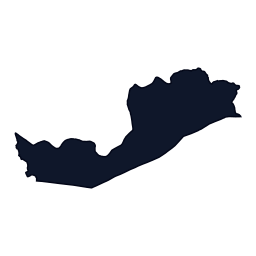 outline of Goudomp, Sédhiou, Senegal
{"feature_id": "50182788B48951494587639", "entity_name": "Goudomp", "entity_type": "district", "adm_level": 2, "iso_a3": "SEN", "parent_name": "Senegal", "parent_adm1": "Sédhiou", "projection": "mercator", "projection_center": [-15.551, 12.644], "detail": "fine", "context": "isolated", "style": "filled", "palette": "ink", "viewbox_px": 256, "rotation_deg": 0, "n_neighbors": 0, "source": "geoboundaries", "source_scale": "gbopen_adm2", "svg_char_len": 5717}
<svg xmlns="http://www.w3.org/2000/svg" viewBox="0 0 256 256"><path d="M239.3,86.1L238.8,85.7L238.2,85.6L235.9,85.4L235.5,85.2L234.6,84.4L234.2,84.1L234.1,83.7L233.7,83.3L233.0,83.1L232.7,83.1L232.2,83.3L231.8,83.5L231.4,83.5L231.0,83.7L230.6,83.4L230.0,83.3L229.5,83.2L229.0,82.9L228.0,82.7L227.9,82.4L227.5,82.2L227.4,82.2L227.1,81.7L226.4,81.3L225.7,81.1L224.8,81.1L224.2,80.8L222.9,80.6L221.2,80.8L220.7,80.8L220.2,80.8L217.9,81.1L217.3,80.7L216.8,81.0L214.6,81.7L213.7,81.9L213.0,82.5L212.6,82.9L212.4,83.2L212.3,83.6L212.0,83.9L211.6,83.9L211.2,83.8L210.2,83.1L210.0,82.7L209.1,81.5L208.5,80.3L208.2,78.9L208.2,77.7L207.4,76.5L207.4,76.0L207.5,75.5L207.4,75.1L206.9,74.9L206.0,73.9L204.6,71.8L203.9,71.4L202.9,71.3L202.1,71.2L201.7,71.0L201.0,70.1L200.7,69.8L200.6,69.2L200.4,68.9L200.0,68.6L199.3,68.4L198.6,68.2L198.0,68.2L197.1,69.1L195.8,69.8L195.3,69.9L193.6,69.8L192.8,69.9L191.8,70.6L191.1,70.9L190.7,70.7L188.9,70.4L188.5,70.2L187.9,70.1L186.0,70.1L184.9,70.1L184.3,70.0L183.2,70.3L182.1,70.9L180.5,71.0L177.6,72.7L177.2,72.8L176.1,73.0L174.8,73.4L173.7,74.0L172.7,75.3L172.3,75.7L171.8,76.5L171.6,76.8L171.2,77.1L170.7,78.0L170.7,78.4L170.7,79.3L171.1,81.1L171.2,82.8L171.0,83.2L170.7,83.3L170.3,83.6L169.8,83.8L168.5,83.9L167.7,83.8L166.3,83.3L165.7,83.0L165.3,82.6L164.4,82.1L163.4,81.2L160.7,79.0L159.9,78.6L158.5,77.7L157.8,77.4L157.2,77.3L156.4,77.3L155.7,77.7L155.4,78.3L154.2,80.7L153.5,81.9L152.6,83.1L151.7,83.9L150.7,84.4L149.6,85.1L148.9,85.4L147.1,86.3L146.0,86.9L144.6,87.4L143.0,87.8L142.2,87.9L141.1,87.9L140.7,87.7L139.1,87.0L137.8,86.2L137.1,85.6L136.1,84.8L135.2,84.4L134.5,84.9L133.8,86.1L133.3,86.5L133.0,87.0L131.8,87.8L131.3,88.2L130.7,88.6L130.2,89.1L130.0,89.7L129.7,90.5L129.0,94.3L128.8,95.3L128.8,96.0L128.6,96.9L128.5,97.7L128.1,99.1L127.7,100.2L127.4,100.8L127.5,102.9L127.4,104.3L127.5,104.8L127.8,105.4L127.9,106.0L128.2,106.7L128.4,107.6L128.7,108.3L129.0,109.5L130.3,111.9L130.6,113.9L130.8,114.5L131.2,116.1L131.9,120.3L132.3,123.9L132.9,127.5L133.0,128.8L133.0,129.3L132.8,130.1L132.5,130.6L131.5,131.4L129.3,133.4L125.9,136.9L125.5,137.5L125.2,138.2L124.4,139.3L124.0,140.2L123.7,141.0L122.7,143.1L122.1,144.2L121.7,144.6L120.6,145.6L120.2,145.7L117.7,147.0L114.4,148.8L111.9,150.3L110.2,152.8L108.9,154.4L107.7,155.6L106.3,156.5L105.2,156.7L104.4,156.7L103.6,156.7L102.7,156.5L101.0,156.3L100.2,155.9L99.0,155.6L98.6,155.3L97.9,154.7L97.0,153.8L96.7,153.3L95.7,152.3L95.0,151.4L94.9,148.9L94.9,147.6L95.0,147.3L95.0,146.8L95.2,146.4L95.2,145.7L95.1,145.4L95.0,144.9L94.5,144.0L94.1,143.3L92.9,142.6L91.6,142.0L90.9,141.6L89.7,141.3L88.7,141.4L88.0,141.4L86.8,141.6L84.9,141.5L83.7,141.5L82.3,141.4L81.5,141.0L80.0,140.4L79.4,140.0L77.6,139.7L76.9,139.4L76.3,139.3L75.5,139.1L75.0,139.3L73.2,138.9L72.2,138.9L71.3,138.8L69.9,139.0L68.9,139.4L68.1,139.4L67.6,139.7L66.5,140.0L66.0,140.3L65.3,140.6L63.8,142.0L63.0,142.9L62.5,143.6L62.1,144.1L61.9,144.6L61.4,145.1L61.1,146.0L60.3,146.9L59.1,148.1L58.5,148.3L57.8,148.6L57.4,148.4L56.9,148.5L55.6,148.4L55.2,148.0L54.6,147.8L54.1,147.4L53.8,147.1L53.2,146.8L52.6,146.3L51.9,145.8L50.2,144.2L49.6,143.5L49.0,143.0L48.5,142.7L47.8,142.2L44.4,140.9L43.2,141.1L41.9,141.6L40.7,141.9L39.9,142.3L38.1,142.9L33.9,145.3L33.6,145.3L33.0,145.2L32.1,144.9L27.2,141.3L26.6,140.8L26.2,140.4L23.0,138.4L22.2,137.8L20.6,136.7L19.1,135.7L18.1,134.8L15.7,133.1L15.4,133.3L15.4,133.6L15.4,134.1L15.8,135.4L16.1,136.3L17.0,139.1L17.1,139.9L17.1,140.4L17.4,141.0L17.7,141.0L17.8,141.0L18.1,141.2L18.3,141.5L17.9,142.0L17.8,142.4L17.8,142.6L18.0,142.9L18.0,143.0L17.6,143.6L17.2,144.0L17.0,144.7L16.5,145.1L16.1,145.5L16.2,146.0L16.4,146.4L16.4,147.0L16.3,147.3L16.3,147.5L16.4,147.8L16.8,148.1L17.0,148.7L18.2,149.2L18.6,150.1L18.5,150.7L19.0,151.6L19.2,151.8L19.1,152.1L19.0,152.4L19.0,152.7L19.1,153.2L19.1,153.9L19.0,154.6L18.9,155.2L19.3,155.1L19.2,155.5L19.5,156.1L20.4,156.8L20.8,157.6L20.9,158.0L21.0,158.7L21.2,159.1L21.6,159.3L22.1,159.1L22.7,159.2L24.5,160.3L25.5,161.0L26.4,161.5L27.2,162.3L27.2,162.7L27.3,163.1L27.8,164.3L27.7,164.5L27.9,165.1L27.8,165.6L28.0,165.9L27.9,166.1L27.7,166.9L27.5,167.4L27.5,168.2L27.6,169.1L27.9,169.9L28.3,170.7L28.2,171.0L27.9,171.3L27.6,171.5L26.8,172.0L26.0,172.4L25.8,172.7L25.9,173.1L26.4,174.3L27.2,175.9L27.4,176.5L27.5,176.6L28.1,176.6L29.0,176.2L29.9,175.9L30.1,175.4L30.6,175.2L30.8,175.0L31.1,175.0L31.9,174.8L32.5,174.8L33.0,174.9L33.5,175.1L34.0,175.1L34.3,175.4L35.8,176.1L36.0,177.2L36.5,177.6L36.7,178.7L36.6,179.2L36.7,179.8L36.6,180.9L37.9,181.0L42.1,181.3L49.5,182.2L59.0,183.4L68.5,184.5L73.8,185.1L87.0,187.2L91.4,187.8L91.9,187.7L93.3,187.0L95.9,185.9L104.0,182.1L106.1,181.2L108.4,180.1L114.2,176.8L115.6,176.1L120.4,174.2L124.3,172.4L130.2,169.5L135.0,167.5L138.0,166.0L142.8,164.0L147.0,162.4L152.5,160.1L159.0,157.2L162.1,155.2L165.5,152.9L167.1,151.6L169.0,150.2L172.0,148.0L174.9,145.6L178.8,141.4L183.4,136.3L191.2,133.5L198.0,130.6L199.1,129.9L201.2,129.0L209.4,123.8L210.7,123.3L214.7,121.6L220.9,119.2L222.9,118.2L224.3,117.7L225.6,116.9L227.1,116.8L227.9,116.6L229.7,116.5L235.6,116.7L240.6,116.6L240.4,116.3L240.2,116.2L240.4,116.0L240.2,115.8L239.5,115.1L239.1,115.0L239.1,114.7L238.4,114.4L238.0,114.4L238.0,114.2L237.1,113.9L236.3,113.9L235.8,113.5L235.8,113.2L235.2,112.4L235.1,112.0L235.1,111.3L234.7,109.5L234.7,108.9L234.6,108.2L234.6,107.8L234.4,107.3L234.1,106.4L233.8,105.5L233.2,104.4L232.7,103.5L232.1,103.1L231.8,102.8L231.7,102.3L231.9,101.6L232.2,101.1L232.8,100.2L233.7,99.1L234.3,97.8L234.9,97.0L235.6,95.2L236.2,94.2L236.5,94.0L236.7,93.6L236.8,93.0L236.7,92.5L236.6,92.1L236.3,91.2L236.4,90.4L236.5,89.9L236.9,89.6L237.9,89.3L238.3,89.1L239.1,88.2L239.5,87.5L239.3,86.8L239.3,86.1Z" fill="#0f172a" stroke="#020617" stroke-width="1.5"/></svg>